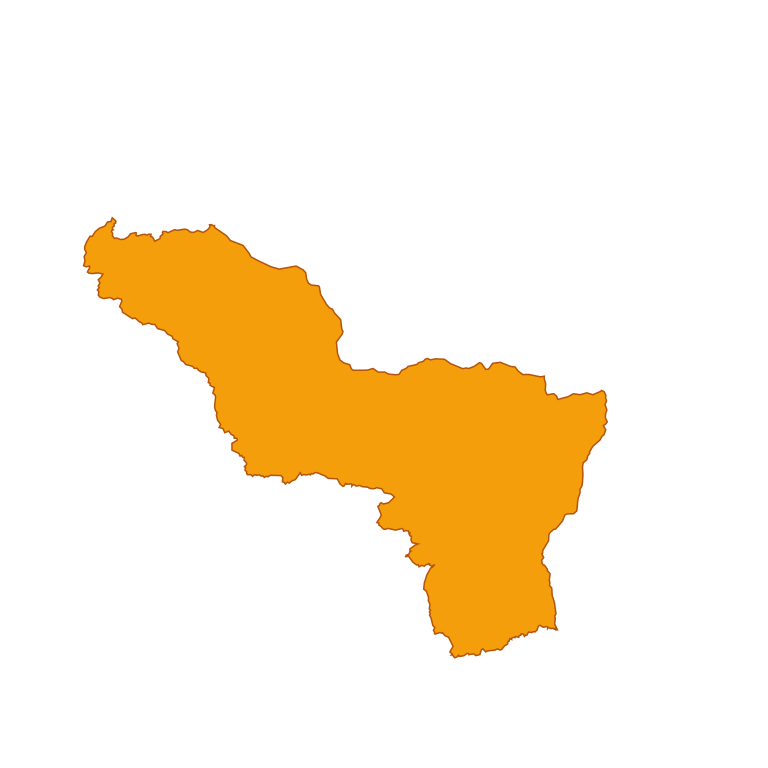 Cotacachi, Imbabura, Ecuador (Natural Earth projection), rotated 51°
{"feature_id": "8360857B15521483188159", "entity_name": "Cotacachi", "entity_type": "district", "adm_level": 2, "iso_a3": "ECU", "parent_name": "Ecuador", "parent_adm1": "Imbabura", "projection": "natural_earth1", "projection_center": [-78.573, 0.395], "detail": "fine", "context": "isolated", "style": "filled", "palette": "amber", "viewbox_px": 768, "rotation_deg": 51, "n_neighbors": 0, "source": "geoboundaries", "source_scale": "gbopen_adm2", "svg_char_len": 6146}
<svg xmlns="http://www.w3.org/2000/svg" viewBox="0 0 768 768"><g transform="rotate(51 384 384)"><path d="M684.2,403.9L677.9,402.4L674.0,398.4L671.7,397.4L670.9,395.0L661.3,389.2L654.2,386.4L648.2,382.1L644.7,382.1L642.4,379.8L640.8,379.3L635.9,374.3L632.1,374.5L630.8,373.6L625.8,373.3L624.9,374.2L622.9,374.0L620.2,372.4L619.3,369.0L615.3,368.3L615.2,367.0L613.3,365.4L609.4,354.8L604.8,350.6L604.0,348.8L603.7,343.7L604.7,342.1L604.0,337.6L602.7,331.3L599.7,326.1L600.0,323.7L604.1,318.3L604.0,314.1L595.1,305.3L592.0,300.2L589.3,298.1L587.5,293.9L585.6,291.9L579.6,286.4L573.7,282.2L570.6,278.9L570.5,274.0L568.1,271.0L567.4,267.8L566.1,267.0L563.8,260.9L563.5,251.6L561.8,247.4L561.8,244.9L559.1,240.4L554.4,239.8L554.6,236.4L553.9,234.3L549.5,233.2L546.2,230.1L544.4,227.1L538.9,225.1L537.3,221.8L534.2,220.5L532.1,218.5L528.5,217.8L525.8,219.1L526.1,220.3L523.7,228.5L518.5,231.9L515.8,238.2L510.7,243.1L509.7,249.0L505.3,258.7L502.1,257.5L498.3,258.2L495.2,263.8L494.0,263.9L490.4,262.7L485.6,258.2L480.7,256.2L478.8,254.5L477.0,257.8L467.6,265.6L464.0,270.2L458.4,271.6L453.2,271.4L450.1,274.5L440.3,280.0L436.3,286.6L438.2,293.4L436.7,295.7L429.3,295.3L427.5,296.3L427.1,302.6L425.3,308.4L423.2,310.1L421.7,313.1L410.1,319.5L402.9,321.4L396.9,328.1L394.4,332.8L391.4,334.2L390.7,336.6L391.1,339.1L389.2,343.9L389.5,346.2L385.5,354.2L385.8,357.1L384.5,361.5L386.0,366.2L384.1,369.2L379.1,374.3L375.3,375.8L371.1,381.0L365.0,382.8L362.7,388.3L354.0,399.3L351.7,399.8L347.4,398.5L342.2,402.0L337.6,403.1L331.4,401.1L321.5,394.7L318.9,385.1L317.5,382.9L314.6,382.2L306.8,377.2L297.7,377.8L293.4,377.0L290.6,378.5L285.9,378.6L274.5,376.9L267.9,373.1L266.5,373.1L261.4,378.2L258.1,379.3L253.5,378.0L248.3,374.8L244.5,375.0L237.0,378.1L228.8,393.1L221.7,398.1L208.6,404.4L201.4,407.4L197.9,406.6L187.7,406.3L175.8,413.1L169.6,413.1L155.8,417.2L154.2,416.0L153.5,417.2L151.6,417.7L150.5,419.4L152.0,419.9L152.6,421.1L153.1,423.9L152.4,429.2L147.4,432.2L146.5,436.4L144.0,438.9L140.6,439.6L138.2,441.4L134.5,447.9L132.3,449.6L130.4,456.7L128.5,457.4L126.3,459.7L126.9,461.0L128.4,461.4L128.4,464.9L130.0,466.5L128.8,472.3L124.2,471.4L122.4,472.5L121.1,470.8L119.5,472.6L119.0,474.6L117.2,475.6L115.9,477.6L113.7,482.6L112.3,483.2L110.8,481.4L110.1,481.6L107.7,486.4L108.6,490.2L108.0,494.8L105.7,498.0L102.0,500.1L101.5,501.8L97.9,501.8L96.4,500.2L94.3,499.9L93.3,498.9L93.8,497.4L92.8,497.5L91.2,496.2L91.5,494.4L89.6,492.9L90.1,491.4L88.6,489.8L83.8,490.6L85.9,494.1L84.1,496.8L85.6,501.6L83.8,507.1L83.9,512.6L85.7,517.9L84.1,519.4L86.5,525.9L89.0,530.3L91.0,531.9L94.7,532.7L96.2,536.8L100.3,539.0L102.9,543.0L105.5,541.7L107.1,538.7L108.2,539.3L110.3,544.0L112.0,543.6L114.4,541.5L117.9,536.1L121.7,533.3L123.0,537.2L123.2,540.5L126.8,541.2L127.9,544.4L129.9,544.7L130.5,547.6L132.5,547.4L135.3,550.2L138.0,550.0L141.3,548.0L144.1,542.9L146.5,541.3L148.2,541.2L149.7,537.0L152.7,534.8L154.6,535.6L157.5,540.8L160.9,540.6L163.7,542.0L175.0,538.3L175.9,535.9L181.6,535.0L184.2,533.8L186.1,534.1L188.7,528.4L191.7,526.8L193.4,524.6L198.5,525.1L204.4,520.8L209.1,520.7L213.7,518.6L215.9,519.6L221.8,517.4L222.4,519.4L227.2,520.8L229.2,524.2L238.2,526.8L240.3,525.8L244.2,525.8L249.8,521.6L252.3,521.6L254.4,519.2L256.7,519.5L259.6,518.5L263.1,515.6L265.5,517.0L269.3,516.6L272.4,519.7L273.8,518.7L275.6,520.0L280.1,518.1L283.4,522.8L286.1,522.2L288.1,523.0L294.9,529.9L298.7,531.7L300.9,531.6L302.9,534.0L307.4,536.1L312.6,536.4L314.0,539.5L317.3,537.2L321.6,538.4L322.9,534.3L327.1,534.5L329.7,533.2L331.9,534.5L333.2,532.7L334.4,532.7L335.3,533.4L334.4,539.5L339.8,543.8L346.6,540.4L349.4,541.2L350.0,539.6L351.8,540.0L353.2,538.8L355.1,540.7L358.8,540.5L360.3,541.9L360.3,544.4L361.9,544.3L363.6,546.3L365.6,545.9L367.1,547.1L368.6,547.2L370.9,544.3L373.0,544.3L373.2,541.5L374.9,540.3L376.2,538.0L378.4,537.3L379.3,535.8L381.3,535.8L381.6,533.6L383.1,532.6L383.4,529.8L390.5,521.5L393.3,521.7L396.0,524.5L397.8,523.4L399.6,523.7L399.6,520.8L401.4,520.0L401.3,516.8L402.5,513.0L400.3,504.9L403.2,505.5L403.6,503.8L406.1,501.2L407.1,498.8L408.3,498.5L408.0,496.7L409.3,495.8L409.6,493.1L411.0,491.7L418.2,487.8L422.3,486.7L428.3,480.0L434.0,481.1L437.7,480.3L438.1,479.3L437.2,476.3L438.4,476.1L441.0,472.3L441.9,472.1L443.1,473.2L442.8,471.6L443.5,470.4L445.8,469.9L447.7,466.6L450.1,465.5L453.8,461.7L456.6,460.5L459.2,457.5L460.1,454.8L464.1,451.7L468.8,452.2L474.0,447.7L478.4,447.0L479.2,455.0L476.9,460.0L474.4,461.0L474.4,462.3L475.4,463.6L475.2,465.8L483.5,468.3L484.9,469.8L487.2,476.8L488.6,475.5L490.8,476.8L491.8,476.1L496.3,475.8L497.8,474.5L498.7,471.8L504.8,467.0L507.6,461.0L508.7,460.6L510.8,461.4L511.5,459.5L513.6,457.5L514.3,458.0L516.1,457.4L516.9,458.5L516.1,457.7L514.9,458.7L516.0,458.1L516.5,459.0L518.5,459.3L519.6,458.5L522.3,461.2L525.2,461.9L529.7,458.2L528.8,461.0L528.5,467.7L530.1,468.9L530.9,468.4L530.8,469.8L532.1,472.0L531.0,474.4L531.6,474.8L531.5,476.4L533.3,473.3L540.4,473.7L545.1,472.6L546.2,471.1L548.1,471.8L548.8,468.8L551.0,467.3L550.8,465.7L551.9,462.2L552.4,461.7L553.0,462.6L555.6,461.6L556.3,458.1L556.8,462.3L556.3,463.5L559.5,471.1L564.0,477.9L568.4,482.2L572.0,481.5L577.9,483.7L580.3,485.9L584.0,486.9L587.4,490.4L589.0,490.1L589.5,492.0L591.5,492.5L592.4,494.1L595.4,494.7L602.6,498.1L605.2,497.7L606.6,500.7L608.8,500.8L609.6,501.8L610.5,501.7L612.3,497.1L614.2,495.7L614.1,495.0L617.9,495.0L621.5,493.2L631.3,495.4L633.7,501.5L636.8,500.8L637.0,502.1L637.5,501.3L641.2,501.4L642.0,499.4L641.8,496.8L643.0,497.1L645.5,492.8L645.6,489.2L646.7,488.0L647.8,488.4L650.0,484.2L652.9,483.5L654.6,479.8L652.0,475.8L652.0,473.8L656.2,473.6L656.6,471.5L660.6,465.3L661.3,462.5L663.7,461.3L664.4,459.7L663.4,455.1L663.9,451.8L662.1,449.5L662.6,448.6L661.0,446.5L662.8,445.6L661.9,445.2L662.4,442.6L663.5,441.9L663.0,440.8L665.6,438.6L664.6,437.7L665.3,435.7L664.5,434.6L665.9,433.1L668.5,433.7L668.3,432.1L669.1,431.2L667.8,427.7L670.1,425.6L670.4,423.9L671.8,422.5L671.4,419.7L669.3,416.4L669.7,414.6L673.2,413.4L675.0,410.1L676.0,409.8L676.9,410.6L676.6,409.6L679.0,408.3L680.3,406.2L681.7,406.0L681.6,404.8L683.3,405.2L684.2,403.9Z" fill="#f59e0b" stroke="#b45309" stroke-width="1.5"/></g></svg>